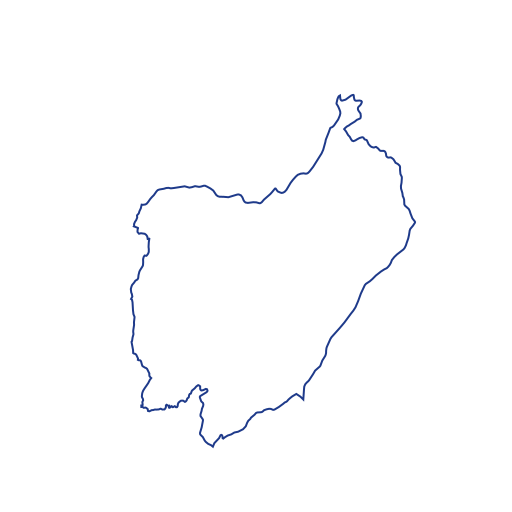 the district of Hispania, Antioquia, Colombia, rotated 30°
{"feature_id": "7082276B53614858189093", "entity_name": "Hispania", "entity_type": "district", "adm_level": 2, "iso_a3": "COL", "parent_name": "Colombia", "parent_adm1": "Antioquia", "projection": "equal_earth", "projection_center": [-75.91, 5.802], "detail": "fine", "context": "isolated", "style": "outline", "palette": "blue", "viewbox_px": 512, "rotation_deg": 30, "n_neighbors": 0, "source": "geoboundaries", "source_scale": "gbopen_adm2", "svg_char_len": 6117}
<svg xmlns="http://www.w3.org/2000/svg" viewBox="0 0 512 512"><g transform="rotate(30 256 256)"><path d="M368.7,356.6L364.2,347.4L363.1,345.0L362.9,343.6L362.8,342.3L363.3,339.9L363.8,338.5L364.1,337.0L364.5,329.8L364.5,325.7L366.5,319.8L366.6,318.8L365.7,313.4L365.9,308.0L365.7,306.6L365.2,305.0L364.1,303.0L363.1,300.6L362.8,299.2L361.9,290.5L362.0,288.5L364.5,276.6L365.8,269.4L367.0,258.7L367.6,254.7L367.8,250.7L367.0,244.0L365.6,236.1L364.8,226.9L365.1,225.2L367.2,221.0L368.3,217.8L369.6,212.9L372.0,206.9L373.8,203.4L375.3,201.2L375.8,199.5L376.2,197.1L376.2,194.6L375.7,191.5L376.3,187.7L377.3,184.2L380.4,176.6L380.7,174.7L380.5,171.8L379.9,169.1L379.1,164.8L378.0,161.3L376.4,157.2L376.1,155.3L376.8,151.3L377.0,147.8L376.8,147.1L376.3,146.7L372.6,145.2L368.6,142.0L366.3,139.9L364.7,138.9L359.9,137.9L358.7,137.2L356.0,133.0L354.2,131.4L353.4,131.0L351.2,128.2L347.9,125.1L346.5,122.9L345.4,119.8L343.3,115.5L342.6,114.5L340.1,112.8L337.6,109.3L336.4,107.1L335.8,106.4L335.0,105.9L332.7,105.4L330.2,105.5L329.1,104.8L326.6,103.5L324.6,103.2L323.4,103.2L321.6,104.5L320.7,104.8L320.0,104.7L319.2,104.5L318.6,104.0L317.3,102.3L316.1,101.4L315.7,101.1L314.9,101.0L314.0,101.1L311.4,102.6L310.5,102.7L307.9,101.8L305.5,101.5L305.0,101.8L304.2,102.8L303.5,103.3L301.8,103.7L300.4,103.7L297.7,102.9L294.2,100.4L293.6,100.3L291.7,100.7L289.9,99.8L289.4,99.8L288.9,99.9L288.2,100.4L286.7,102.0L285.1,104.6L284.4,106.0L283.0,107.8L281.7,108.1L280.0,107.4L277.6,105.9L275.3,105.2L271.7,103.1L268.9,102.0L269.2,100.6L270.0,98.3L271.1,96.6L272.1,94.3L274.3,90.3L275.3,87.6L277.3,85.0L277.5,84.1L276.8,82.4L275.3,80.4L272.3,79.0L271.2,78.3L270.6,77.5L270.2,76.5L270.2,75.6L270.9,73.2L271.0,71.6L270.8,70.2L270.6,69.6L269.7,69.1L268.1,69.5L264.9,71.6L264.0,71.7L263.1,71.4L261.5,69.7L260.2,67.9L259.8,67.8L259.0,68.4L258.2,69.5L255.4,75.8L253.0,78.3L252.4,78.6L251.9,78.6L250.6,77.9L248.5,75.0L247.8,76.3L247.8,77.3L248.1,79.5L249.3,83.3L249.6,83.9L252.2,85.3L254.4,86.9L256.6,88.7L257.7,90.2L258.4,92.6L258.9,96.7L258.3,104.0L257.7,106.0L256.4,107.8L256.4,108.4L257.2,112.9L258.3,120.4L259.1,122.7L261.1,130.4L261.5,134.4L260.9,150.2L260.1,155.9L259.6,157.9L258.8,159.2L257.6,160.0L255.9,160.6L253.5,162.4L251.6,164.8L250.8,167.2L249.9,171.5L249.4,175.3L249.3,183.5L248.7,186.1L247.7,187.7L246.6,188.6L245.3,188.9L242.8,189.2L241.7,188.9L239.4,187.8L238.9,187.9L238.7,188.2L238.0,192.5L237.4,195.3L234.7,203.2L234.1,206.5L233.4,208.0L232.6,208.6L229.4,209.4L226.7,210.8L222.4,214.1L220.2,214.9L218.9,214.7L217.6,214.1L214.9,212.0L212.6,211.0L210.3,211.3L209.1,212.1L202.7,218.9L198.2,221.0L194.8,222.9L192.9,223.3L191.0,223.0L186.3,220.7L182.8,220.3L179.0,220.4L176.8,220.6L175.7,221.2L173.5,223.5L172.1,224.6L168.3,226.0L166.1,228.4L164.1,230.1L159.4,231.3L150.6,238.4L148.4,240.0L146.2,240.7L144.4,241.9L142.5,243.9L139.0,246.8L137.9,248.2L137.5,250.0L137.1,254.4L136.4,257.0L135.9,259.5L135.6,262.9L135.2,265.3L134.5,266.6L132.5,268.2L131.3,268.7L132.4,272.3L132.7,275.8L133.1,277.2L133.1,278.2L132.7,279.9L132.7,280.4L133.9,282.1L134.3,285.0L134.1,286.8L134.4,289.2L134.7,289.8L135.2,290.4L135.4,291.0L135.4,291.4L139.7,290.7L140.0,291.1L140.1,291.9L141.0,293.9L141.5,294.5L143.6,295.2L145.0,293.8L148.5,292.4L150.3,292.6L152.0,293.4L153.7,295.4L154.7,294.4L155.0,294.4L156.2,297.5L157.8,300.7L158.5,302.0L159.7,303.6L161.1,306.1L161.4,307.9L161.2,310.0L160.9,310.7L159.3,311.3L159.2,313.0L159.8,315.2L161.4,317.8L162.7,320.4L162.9,321.6L162.7,326.2L162.8,327.8L163.8,331.3L165.0,334.0L165.1,335.0L165.0,335.7L164.0,337.5L163.8,338.4L163.8,339.7L163.2,343.0L163.4,344.6L164.1,347.2L166.2,350.0L167.5,351.0L169.2,353.0L169.3,355.7L169.7,355.7L170.6,356.0L172.2,357.8L176.6,364.5L179.0,367.7L181.2,369.4L181.5,369.9L183.4,374.3L184.9,376.7L186.9,381.8L187.7,383.3L188.4,384.1L189.1,385.3L189.8,388.1L191.2,391.7L191.1,392.5L191.3,392.8L196.6,399.0L198.2,401.5L199.3,401.5L200.1,401.2L201.0,401.2L202.0,401.6L205.1,403.8L205.4,404.4L205.6,405.0L206.3,405.0L207.8,404.3L208.5,404.4L209.3,404.9L211.8,407.4L212.8,408.1L215.7,408.2L216.6,408.0L218.1,408.2L222.4,411.1L222.9,412.1L223.7,413.2L225.3,413.9L226.3,414.1L226.0,416.3L226.2,419.9L226.0,422.8L225.7,426.2L225.6,428.9L225.8,430.4L226.1,431.8L227.3,434.6L227.9,435.3L229.6,436.4L230.4,437.4L230.6,439.3L232.2,441.5L232.4,442.1L231.4,442.8L232.2,444.1L233.1,443.5L234.7,443.6L236.1,442.5L236.8,442.4L238.7,442.7L240.0,444.2L241.3,443.8L242.0,442.8L242.7,441.7L244.0,440.8L245.2,439.5L246.4,438.9L248.5,437.5L249.6,436.1L249.9,435.9L251.6,435.8L253.4,434.7L253.7,433.4L253.5,431.8L252.8,430.7L252.7,430.2L253.0,429.5L254.9,429.6L255.8,428.9L256.1,429.1L256.1,430.3L256.4,430.8L257.0,430.7L257.6,429.6L257.7,429.1L258.1,428.2L259.4,428.6L259.8,428.3L260.7,426.7L261.4,426.7L262.1,427.0L263.0,426.6L263.2,426.3L263.2,425.2L262.4,423.3L262.2,421.7L262.9,419.8L263.4,418.8L265.0,417.8L265.6,417.7L267.3,417.9L267.7,417.5L268.0,416.6L268.1,415.6L267.8,414.2L267.8,413.5L268.3,412.5L268.4,412.0L267.6,409.8L267.6,409.1L267.6,408.6L268.3,407.8L268.3,407.3L267.9,405.3L267.9,404.5L269.1,401.2L269.5,398.9L270.4,396.9L270.9,396.6L272.8,396.8L274.1,399.0L274.9,399.6L275.5,399.8L276.1,399.7L277.4,398.5L279.0,396.2L280.2,395.9L281.3,396.8L281.5,397.5L281.4,398.1L281.2,398.8L277.8,405.1L277.7,405.5L277.8,406.1L278.3,406.8L281.3,409.3L283.6,409.8L284.6,410.8L285.2,412.3L285.6,415.4L286.3,417.3L287.1,420.8L287.9,422.3L291.1,423.8L292.0,424.4L292.4,425.2L294.6,431.5L295.9,437.0L296.4,437.9L296.9,438.4L297.8,438.7L300.5,439.4L303.9,441.5L305.5,442.1L308.5,442.6L311.7,442.3L314.0,442.7L313.5,438.9L315.1,432.2L314.9,429.0L315.3,428.3L316.1,428.2L316.6,428.5L317.2,429.0L318.1,430.4L318.9,430.5L319.8,428.3L321.3,425.6L323.8,422.8L325.5,419.7L328.4,417.1L331.4,412.5L332.3,408.6L331.7,404.7L331.7,402.5L332.5,400.0L332.5,398.5L334.1,394.2L334.5,392.0L335.3,390.9L338.3,388.9L339.1,388.2L339.7,386.9L340.1,385.5L341.9,383.4L343.7,381.8L345.3,381.0L347.7,380.7L348.3,380.3L348.9,379.6L351.3,375.3L353.5,370.3L354.1,368.5L354.9,367.5L355.5,366.3L355.9,364.1L356.7,361.7L357.6,359.4L359.9,355.3L364.8,355.6L368.7,356.6Z" fill="none" stroke="#1e3a8a" stroke-width="2"/></g></svg>